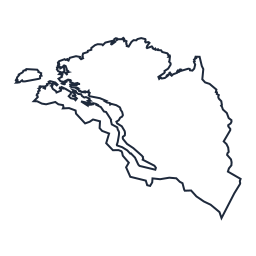 the district of Ballangen nor, Nordland, Norway
{"feature_id": "86288312B95710758455481", "entity_name": "Ballangen nor", "entity_type": "district", "adm_level": 2, "iso_a3": "NOR", "parent_name": "Norway", "parent_adm1": "Nordland", "projection": "orthographic", "projection_center": [16.618, 68.237], "detail": "fine", "context": "isolated", "style": "outline", "palette": "slate", "viewbox_px": 256, "rotation_deg": 0, "n_neighbors": 0, "source": "geoboundaries", "source_scale": "gbopen_adm2", "svg_char_len": 5516}
<svg xmlns="http://www.w3.org/2000/svg" viewBox="0 0 256 256"><path d="M199.6,56.8L195.6,56.7L195.4,57.3L196.2,57.1L196.3,58.1L194.0,59.6L194.7,61.2L193.9,61.7L194.1,62.3L195.2,64.6L194.2,68.6L192.4,70.6L190.0,70.3L189.7,68.9L188.3,68.7L180.9,70.9L180.7,70.5L181.0,69.6L180.1,69.4L178.9,70.8L179.1,71.8L178.5,72.0L177.8,70.6L177.1,71.4L177.4,72.1L177.1,72.8L173.1,74.3L171.7,75.7L170.4,74.7L170.6,74.1L169.5,74.3L170.3,73.4L169.9,72.6L169.4,72.9L169.5,73.8L167.2,75.2L167.9,75.6L167.7,75.9L164.8,78.0L161.8,78.5L160.8,77.5L159.2,78.9L158.4,76.9L164.0,73.2L164.7,72.4L164.5,71.0L168.1,68.7L170.6,64.7L170.6,63.3L169.1,61.7L169.5,60.7L169.9,56.8L168.5,56.8L169.5,55.4L167.9,54.8L167.9,53.9L167.3,53.3L162.2,52.0L161.1,50.3L158.0,50.1L157.9,49.3L155.8,49.8L155.2,48.6L154.4,49.3L152.7,48.4L152.8,47.6L151.8,46.4L147.1,48.1L146.7,47.7L147.1,46.0L149.5,42.9L148.6,42.1L145.6,42.4L145.1,41.6L145.6,40.0L145.3,39.1L141.2,38.1L137.4,39.1L136.4,40.3L133.5,40.2L131.4,42.0L128.6,46.6L126.9,46.1L127.1,45.6L126.4,44.6L126.6,43.9L126.1,43.0L126.5,41.2L125.2,40.5L124.1,41.2L123.4,39.8L124.0,39.6L124.1,38.6L123.3,37.9L121.6,39.2L118.2,39.2L116.6,40.2L117.0,38.5L115.9,38.2L114.4,39.0L113.1,42.4L115.8,41.4L111.7,44.4L111.2,44.2L111.3,43.3L112.4,42.0L112.1,40.9L105.3,42.6L102.8,45.2L101.9,44.4L97.7,44.2L95.1,45.1L91.3,48.0L91.3,49.8L87.9,50.8L87.6,52.1L83.1,53.5L82.5,55.8L82.8,56.8L82.3,57.2L83.0,58.3L81.1,59.2L79.7,57.9L79.9,56.9L76.0,56.2L69.8,57.8L68.5,60.6L67.4,60.1L67.7,59.6L67.4,59.1L65.4,59.9L64.6,59.2L59.1,61.2L57.9,62.6L58.2,64.0L59.0,63.4L59.2,64.3L58.3,64.3L57.8,65.7L58.9,65.9L59.2,66.9L62.1,67.4L60.3,68.4L60.1,67.4L59.6,67.2L57.0,67.7L57.4,69.2L57.0,69.5L58.2,71.2L60.9,72.2L59.2,74.1L61.5,74.2L63.0,72.1L64.7,71.3L64.0,71.4L64.4,70.5L63.9,67.1L62.8,66.6L64.1,65.4L65.6,66.0L66.7,68.8L66.7,69.9L68.0,70.9L67.3,71.8L68.4,72.1L66.7,72.6L66.8,74.1L67.4,75.0L64.6,72.2L63.1,72.4L62.2,73.5L62.5,74.7L61.5,76.0L61.9,76.8L58.5,78.7L60.5,81.2L63.2,81.8L61.8,82.3L63.7,82.3L61.9,83.5L62.2,83.7L64.3,84.3L64.8,84.0L64.5,82.9L65.8,82.1L63.8,81.8L68.0,79.6L71.2,80.2L69.9,80.6L70.8,81.0L70.2,82.0L70.5,82.6L72.8,82.9L73.2,83.4L72.7,83.8L73.0,83.9L77.4,83.0L77.9,83.7L78.4,83.5L79.1,83.8L79.1,84.0L77.2,84.0L77.7,84.1L76.3,85.4L70.3,84.9L70.8,86.2L70.5,86.5L71.5,87.2L77.5,87.8L77.8,88.0L76.1,88.2L79.3,90.3L78.8,90.4L79.1,91.1L81.8,92.0L85.3,92.4L85.5,91.9L84.2,91.5L85.1,91.3L87.3,92.2L88.6,90.9L88.8,92.3L89.5,92.7L89.1,93.2L89.5,93.8L88.7,95.2L89.6,96.2L99.9,98.2L106.1,100.8L105.0,101.3L107.0,102.5L109.7,103.0L110.5,103.6L110.0,103.8L110.2,104.6L111.5,103.9L116.3,105.2L119.8,107.3L120.5,108.7L120.4,109.3L122.2,112.1L122.9,115.1L122.1,116.6L120.2,117.7L118.7,120.3L116.4,121.7L117.1,123.4L121.8,126.3L124.7,131.2L125.0,133.1L124.8,135.4L122.9,136.7L122.7,137.9L123.0,139.0L127.0,143.9L133.3,148.1L141.9,155.7L143.0,157.0L142.8,157.5L143.2,158.8L142.7,159.7L154.4,165.7L155.9,167.8L155.3,169.7L139.5,165.9L138.3,164.6L135.0,157.6L130.9,153.4L130.3,153.6L127.3,150.4L122.2,147.2L117.0,145.4L116.8,144.8L117.7,142.0L118.9,135.2L119.1,132.5L118.5,130.8L117.8,129.7L117.2,127.3L111.8,124.4L110.9,120.6L111.1,119.8L106.1,112.0L103.9,111.5L100.9,107.1L96.9,105.1L97.5,104.7L96.0,103.9L93.3,103.2L92.1,103.4L93.9,104.2L88.4,104.5L89.0,104.8L87.7,104.9L87.7,105.6L81.1,101.4L90.6,103.4L88.1,100.9L90.3,100.7L89.2,99.9L89.7,99.6L89.5,98.6L86.0,97.1L84.2,97.5L82.0,96.0L81.1,94.2L78.4,94.0L75.8,92.1L76.0,91.4L75.6,90.9L73.0,90.1L74.2,91.4L73.0,91.4L72.7,92.0L72.9,92.6L74.6,93.5L75.3,95.2L71.9,95.7L74.5,96.4L76.9,98.4L75.5,100.2L74.4,99.0L70.8,98.2L68.7,96.2L70.9,93.7L70.8,93.2L71.2,92.2L64.8,88.5L63.3,88.6L62.6,88.3L63.9,88.1L61.6,87.0L61.0,87.5L62.5,88.2L60.0,87.5L59.7,88.2L61.1,89.6L60.9,90.7L56.5,92.5L56.0,91.2L52.8,88.9L51.8,86.8L52.2,86.1L51.4,85.8L52.4,85.2L51.8,84.1L52.9,83.7L54.9,83.9L56.7,85.4L57.5,84.6L55.3,82.5L50.0,81.1L48.8,81.7L49.1,82.1L48.9,82.2L49.1,83.1L49.8,83.4L47.1,83.9L46.9,84.1L47.3,85.3L44.7,86.5L45.3,87.7L45.0,88.6L43.8,88.0L44.4,87.5L43.8,86.5L39.5,86.4L39.1,86.9L40.3,86.4L40.7,87.2L39.1,88.2L39.8,88.4L39.1,89.7L39.6,90.6L38.1,91.4L38.4,93.1L36.9,94.3L36.7,95.5L37.6,96.1L37.8,97.1L33.8,101.2L37.2,101.3L41.9,103.6L46.1,104.3L55.3,102.0L58.4,104.3L63.0,105.1L63.5,107.1L62.9,108.4L69.1,108.1L75.6,110.5L76.0,113.6L85.1,123.4L89.6,121.8L93.0,119.5L100.0,121.3L99.6,128.1L102.1,130.9L109.1,133.5L106.2,143.2L112.9,150.2L118.5,150.1L121.4,151.2L122.1,152.5L122.8,155.7L128.8,162.7L126.1,167.3L130.3,176.8L145.8,180.6L147.2,185.2L150.1,185.9L152.2,182.4L152.5,178.4L160.1,179.2L169.3,177.7L176.3,178.3L179.8,181.8L182.5,183.2L184.2,189.7L184.8,190.7L191.1,190.5L196.4,196.4L203.9,201.5L210.6,204.7L219.5,212.1L221.5,218.1L234.3,193.3L239.9,184.2L240.2,183.2L239.8,181.1L240.6,178.9L227.9,171.6L228.9,168.4L231.4,165.3L231.6,162.3L231.0,159.4L227.1,154.9L227.5,153.2L228.7,151.9L228.2,147.6L226.5,144.1L223.7,141.4L230.2,130.3L230.3,129.0L228.3,126.4L228.2,125.2L230.7,123.4L231.5,121.7L231.4,120.1L228.7,118.1L226.8,113.0L222.9,109.5L222.0,106.8L221.1,105.7L221.9,105.0L221.3,101.2L218.8,98.6L218.2,96.9L218.8,95.1L216.8,94.0L217.0,92.4L215.8,92.1L216.4,89.6L209.6,83.9L205.1,82.4L202.3,79.3L203.3,69.1L201.8,66.0L199.6,56.8ZM37.2,69.7L26.4,69.1L25.5,69.7L25.7,70.3L23.4,70.7L22.7,72.3L18.8,74.5L19.1,75.1L17.1,77.4L16.9,78.5L15.4,80.9L18.1,79.4L17.0,80.8L17.3,81.1L16.8,81.6L17.6,81.8L16.5,82.7L16.9,82.7L19.6,82.3L22.1,80.3L22.9,81.4L24.9,81.4L39.0,78.8L40.1,78.3L40.1,76.0L41.5,75.7L41.0,74.6L41.2,73.2L38.4,72.0L38.6,71.3L37.2,69.7Z" fill="none" stroke="#1e293b" stroke-width="2"/></svg>